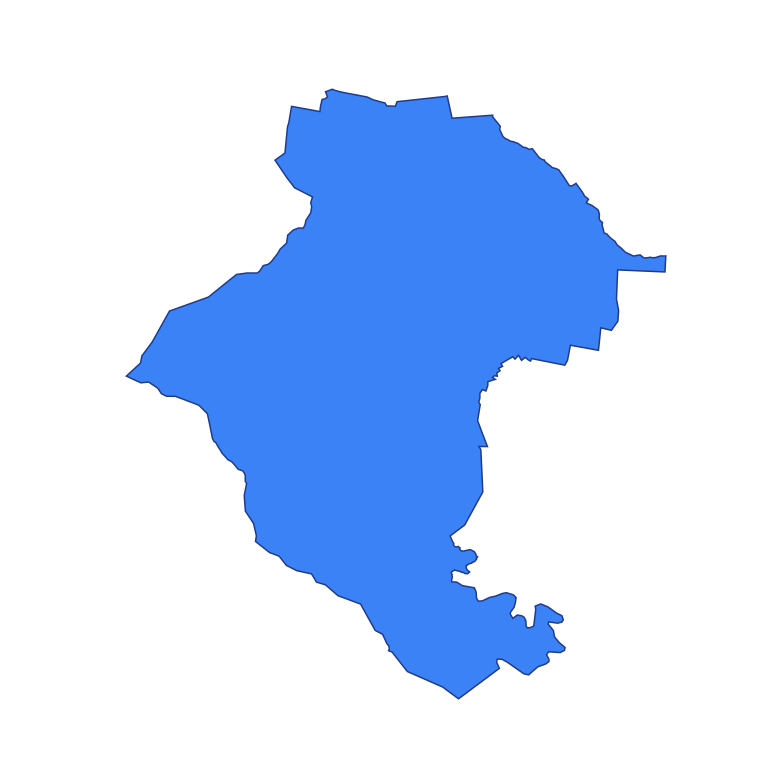 outline of Ga Central Municipal, Greater Accra, Ghana, rotated 281°
{"feature_id": "2480657B96936068561499", "entity_name": "Ga Central Municipal", "entity_type": "district", "adm_level": 2, "iso_a3": "GHA", "parent_name": "Ghana", "parent_adm1": "Greater Accra", "projection": "robinson", "projection_center": [-0.313, 5.617], "detail": "fine", "context": "isolated", "style": "filled", "palette": "blue", "viewbox_px": 768, "rotation_deg": 281, "n_neighbors": 0, "source": "geoboundaries", "source_scale": "gbopen_adm2", "svg_char_len": 4045}
<svg xmlns="http://www.w3.org/2000/svg" viewBox="0 0 768 768"><g transform="rotate(281 384 384)"><path d="M122.4,443.1L110.5,456.8L106.2,461.8L97.7,499.4L89.2,517.2L126.9,551.5L132.7,547.5L135.6,547.7L136.3,552.3L134.4,558.2L126.2,576.6L126.1,581.5L135.6,588.8L140.2,596.4L143.1,598.9L145.5,598.3L149.3,595.2L152.5,596.6L154.0,608.2L157.0,612.0L159.9,612.0L163.5,605.5L168.2,599.7L174.4,597.3L179.7,590.9L181.8,591.1L182.4,600.2L184.2,604.0L186.8,605.0L190.5,602.8L192.0,597.3L196.5,587.4L198.0,579.9L194.8,574.8L191.5,576.0L175.0,577.2L172.9,574.4L171.9,571.1L173.7,569.6L174.4,569.5L178.5,568.5L181.6,566.3L182.7,563.7L182.7,558.9L178.5,555.2L182.5,551.6L184.7,552.0L189.7,554.3L194.4,554.7L199.6,554.4L201.7,551.2L202.5,544.0L201.0,540.2L196.9,533.7L194.9,528.8L189.9,521.9L188.8,518.0L191.4,515.7L197.4,514.1L201.2,511.6L201.0,499.3L203.4,493.3L202.8,488.2L204.2,487.8L207.0,487.9L207.8,487.9L208.9,487.2L209.8,487.3L211.7,486.0L212.7,486.4L214.8,488.7L214.5,494.6L213.9,496.1L214.3,497.9L213.4,499.3L213.7,502.3L215.8,504.0L216.9,501.8L218.7,500.0L221.5,499.2L221.9,500.1L223.3,501.2L225.0,504.4L226.0,505.0L226.9,506.8L229.9,508.4L230.7,507.7L232.1,508.9L233.0,507.3L235.0,506.3L236.7,504.6L237.9,500.2L235.0,493.6L235.1,491.2L236.3,489.7L237.5,490.0L238.7,487.8L238.2,486.9L237.8,486.1L237.8,484.8L238.4,483.8L239.0,483.0L240.7,483.0L242.6,481.2L247.5,477.9L260.5,489.7L261.5,490.3L296.9,501.6L337.1,491.8L337.9,491.6L340.8,489.1L342.3,497.5L354.1,490.1L365.7,483.0L367.4,482.8L382.1,482.4L384.2,480.5L388.5,480.8L393.2,479.9L397.3,481.7L396.6,485.4L402.4,486.2L406.1,485.5L409.8,492.4L411.1,489.3L413.2,490.8L413.3,493.7L416.3,492.6L419.2,495.4L421.1,493.4L424.0,497.0L426.4,495.0L435.3,505.2L433.4,507.8L437.7,510.6L436.5,512.0L435.0,513.0L433.5,514.5L437.1,517.6L435.2,521.0L434.5,523.5L437.1,524.0L437.0,556.7L437.0,557.9L442.2,559.6L443.1,559.6L457.6,559.6L458.0,588.1L480.5,586.1L480.1,597.0L490.4,601.6L492.6,601.3L500.8,600.3L511.7,596.0L540.6,591.6L541.9,600.4L547.6,638.4L563.5,636.2L563.3,635.5L563.1,634.7L562.5,631.1L559.7,626.0L559.7,625.0L559.2,624.3L559.2,620.9L558.6,619.7L557.3,615.5L557.7,614.4L559.6,610.8L557.2,604.4L559.4,595.7L562.4,591.3L565.2,586.1L568.1,583.5L570.4,578.8L572.5,575.7L573.7,574.3L574.4,571.2L578.2,569.5L581.7,567.7L584.3,567.7L585.5,565.1L587.2,563.7L591.0,563.2L593.6,562.2L595.7,561.0L598.7,554.7L600.4,548.0L604.4,549.5L606.8,545.0L610.3,542.0L617.6,534.2L614.1,530.5L614.2,528.0L622.0,520.5L624.7,517.6L627.6,514.6L628.3,511.5L628.5,508.1L632.8,499.9L634.5,498.6L634.4,496.9L635.7,493.3L643.3,484.7L642.0,481.7L643.1,478.3L643.0,475.4L645.7,469.7L646.5,464.6L646.5,461.5L647.6,458.8L647.9,456.6L649.6,453.6L655.8,449.0L659.1,449.0L661.0,446.8L666.9,439.7L668.6,439.4L668.0,437.2L657.9,400.1L678.8,391.1L677.6,388.1L663.6,342.9L658.8,342.2L658.1,337.2L657.5,333.6L660.0,331.4L660.9,319.2L662.5,312.8L662.4,287.9L662.7,281.8L662.9,279.6L663.5,277.1L662.0,274.6L659.7,270.8L655.2,273.7L652.7,271.8L651.5,268.9L644.2,268.7L639.2,269.1L638.9,240.3L622.5,240.7L618.0,240.2L591.8,242.7L582.9,234.3L567.7,249.6L559.5,258.9L558.6,262.2L554.0,278.1L548.1,277.5L544.1,279.2L538.1,279.4L529.9,276.2L524.8,276.0L521.6,275.0L520.8,270.3L517.8,265.5L511.8,261.1L503.7,261.5L496.7,256.4L491.4,254.5L482.7,250.1L479.5,247.6L477.1,242.8L471.0,240.4L468.7,238.3L466.9,228.6L463.4,218.4L458.0,213.7L435.9,195.1L434.6,193.0L414.7,159.5L381.1,148.5L365.4,141.0L358.1,141.0L342.6,129.6L340.4,138.2L338.8,145.2L340.4,150.5L341.0,152.6L336.8,162.6L332.0,167.4L330.5,173.0L332.1,181.6L327.9,206.2L321.1,216.3L312.7,219.9L298.0,225.9L295.5,227.8L294.0,230.5L290.7,233.1L287.8,236.0L285.3,238.1L280.0,245.1L278.6,249.4L276.4,252.4L272.4,257.2L271.8,261.8L270.1,263.7L267.9,265.2L262.0,266.4L260.2,268.1L247.8,268.1L232.7,272.2L222.2,282.6L210.6,287.7L204.9,287.9L196.7,303.9L195.0,313.9L187.3,322.8L184.1,334.0L183.8,349.1L176.6,355.6L175.7,364.9L167.4,379.2L163.5,403.0L140.4,422.4L138.0,430.4L129.4,436.6L127.7,438.8L125.0,439.8L123.1,439.3L122.4,443.1Z" fill="#3b82f6" stroke="#1e3a8a" stroke-width="1.5"/></g></svg>